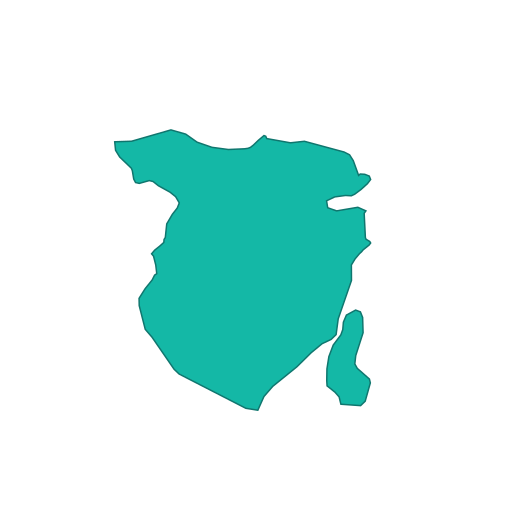 SVG path tracing the border of Anglesey, rotated 226°
{"feature_id": "GBR-2128", "entity_name": "Anglesey", "entity_type": "Unitary Authority (wales)", "adm_level": 1, "iso_a3": "GBR", "parent_name": "United Kingdom", "parent_adm1": "", "projection": "mercator", "projection_center": [-4.381, 53.278], "detail": "fine", "context": "isolated", "style": "filled", "palette": "teal", "viewbox_px": 512, "rotation_deg": 226, "n_neighbors": 0, "source": "natural_earth", "source_scale": "10m", "svg_char_len": 1570}
<svg xmlns="http://www.w3.org/2000/svg" viewBox="0 0 512 512"><g transform="rotate(226 256 256)"><path d="M405.7,227.3L421.9,226.7L429.6,228.4L436.3,233.7L425.0,246.2L405.8,282.4L392.5,290.1L378.8,292.7L364.8,299.8L351.8,310.1L341.1,322.2L339.0,325.1L338.0,327.5L337.6,331.2L337.6,338.0L337.1,345.4L335.4,346.2L333.0,345.3L313.5,359.4L304.9,370.5L269.6,391.6L263.8,393.6L257.0,392.2L242.7,385.8L242.6,387.9L239.2,391.0L234.8,393.0L231.4,391.6L230.6,386.3L230.9,377.7L231.9,369.9L233.1,366.4L237.4,362.4L243.8,353.7L246.7,345.1L240.9,341.1L232.5,345.3L220.3,363.1L212.1,366.4L211.6,363.5L193.3,347.5L191.7,346.8L187.3,347.9L185.7,347.5L185.3,345.0L186.0,337.3L185.7,334.8L185.8,332.1L185.1,325.3L183.3,318.4L172.1,307.7L153.7,271.5L143.8,259.0L143.8,252.1L147.0,242.7L148.1,228.6L147.9,208.4L150.6,177.5L149.4,164.1L143.8,150.2L153.5,142.9L224.5,118.7L231.4,118.4L269.8,124.8L280.2,125.4L301.4,137.5L306.8,142.5L309.5,153.6L310.9,164.7L312.7,169.8L312.2,172.3L319.1,177.6L327.1,182.2L330.1,182.4L330.6,187.1L330.0,193.5L329.8,199.1L331.8,201.4L332.3,203.6L341.1,214.1L344.1,224.8L345.2,232.7L347.5,237.7L354.5,239.4L361.6,238.5L374.3,234.6L381.1,233.7L384.4,231.6L389.3,222.5L392.5,220.4L396.3,221.5L403.3,226.3L405.7,227.3ZM140.3,262.2L142.8,267.3L147.7,272.9L150.7,280.0L147.9,290.1L143.3,292.3L137.7,290.0L126.4,279.7L115.1,258.6L109.7,252.1L104.8,250.8L88.7,252.1L85.3,250.1L75.7,233.7L75.7,227.3L90.4,214.1L96.9,217.9L103.2,218.2L113.2,216.9L117.3,220.4L125.6,228.7L133.0,238.5L138.3,249.7L140.3,262.2Z" fill="#14b8a6" stroke="#0f766e" stroke-width="1.5"/></g></svg>